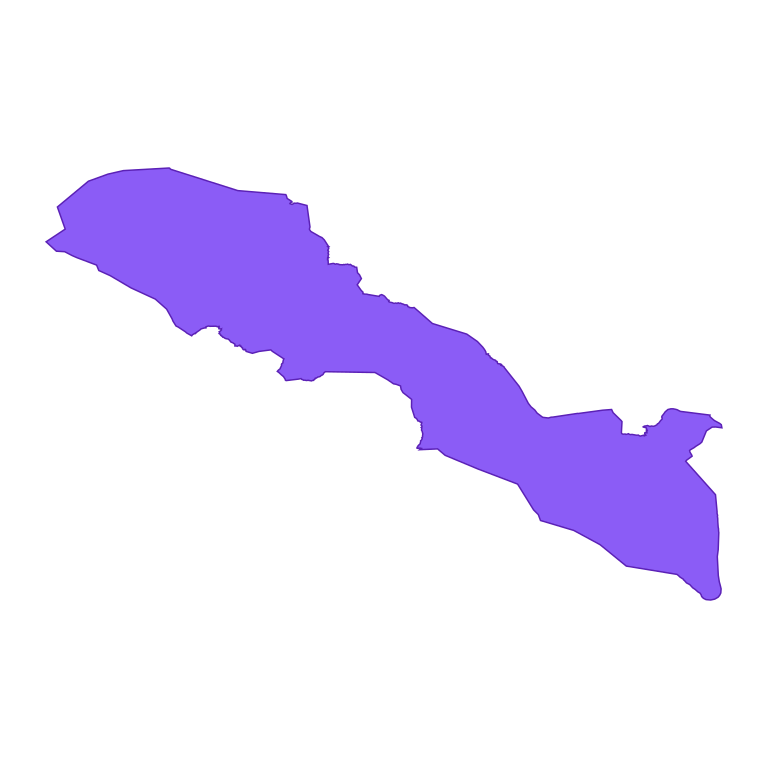 Os nor, Hedmark, Norway (Natural Earth projection)
{"feature_id": "86288312B77863424793957", "entity_name": "Os nor", "entity_type": "district", "adm_level": 2, "iso_a3": "NOR", "parent_name": "Norway", "parent_adm1": "Hedmark", "projection": "natural_earth1", "projection_center": [11.302, 62.415], "detail": "fine", "context": "isolated", "style": "filled", "palette": "violet", "viewbox_px": 768, "rotation_deg": 0, "n_neighbors": 0, "source": "geoboundaries", "source_scale": "gbopen_adm2", "svg_char_len": 6074}
<svg xmlns="http://www.w3.org/2000/svg" viewBox="0 0 768 768"><path d="M626.3,566.1L677.0,574.4L678.5,575.6L679.9,577.0L683.3,579.2L683.6,579.9L684.4,580.5L686.5,582.9L689.8,584.6L692.7,587.8L695.1,589.4L697.9,591.9L700.0,593.1L701.1,594.7L701.4,595.9L701.9,596.8L703.4,598.3L706.0,599.6L710.7,600.0L714.8,599.1L718.1,597.2L719.6,595.4L720.8,593.0L721.1,588.9L720.4,585.9L719.3,581.8L718.3,575.5L717.3,556.6L718.2,549.7L718.8,532.5L718.6,531.3L718.5,528.6L718.2,527.3L717.8,521.8L717.7,518.3L717.4,516.3L717.6,515.4L717.0,513.1L717.1,512.0L715.5,494.7L685.7,461.3L686.6,460.2L692.1,456.2L691.8,455.2L689.9,452.0L689.6,450.5L690.5,449.7L694.0,447.7L696.0,446.2L700.0,443.7L701.8,442.1L706.4,430.9L712.1,427.1L715.7,427.0L721.9,427.8L721.3,424.7L719.7,423.4L714.5,420.6L713.0,419.4L710.3,417.0L709.7,415.9L710.0,415.1L680.6,411.4L679.6,411.0L677.1,409.7L675.6,409.3L673.1,408.8L670.9,408.8L667.9,409.5L665.2,411.8L663.9,413.7L662.0,416.1L661.7,417.1L662.1,417.7L662.1,419.1L660.6,420.6L658.6,423.3L657.4,423.9L656.9,424.8L654.6,426.0L653.5,426.3L651.2,426.0L650.0,426.5L647.4,425.5L646.6,425.8L644.3,426.1L643.2,426.9L643.7,427.2L644.2,427.1L645.1,427.6L646.3,427.9L646.6,428.8L646.4,429.4L647.2,430.1L646.8,430.4L647.1,430.7L646.8,431.2L646.3,431.2L646.4,431.8L646.9,432.0L646.9,432.8L644.9,432.7L644.7,433.6L645.0,434.3L645.7,435.0L644.3,435.2L644.9,435.6L644.7,435.8L644.3,435.8L644.4,435.5L643.7,435.2L640.2,436.1L638.9,435.5L638.5,435.1L636.4,435.2L632.0,434.4L630.6,434.6L629.3,434.3L628.5,433.7L626.7,434.3L625.8,434.4L625.2,434.0L623.5,434.2L622.5,434.0L621.8,433.6L621.4,432.7L622.0,421.6L621.1,420.5L613.1,412.7L611.6,409.5L602.6,410.2L578.3,413.5L577.6,413.4L552.8,417.1L551.0,417.2L548.4,418.0L542.7,417.3L537.1,413.1L534.8,410.0L531.0,406.8L528.3,403.3L522.1,391.4L519.0,386.1L504.3,367.6L504.0,366.8L502.6,365.9L500.9,365.3L501.0,364.9L501.3,364.6L500.5,364.4L500.6,364.0L497.8,363.6L497.3,362.6L497.3,361.9L497.1,361.5L496.2,361.3L495.8,360.5L495.2,360.1L494.1,359.8L492.4,359.0L492.0,358.4L490.7,357.9L490.9,357.6L490.1,357.0L490.0,356.2L488.4,355.2L488.5,353.9L488.2,353.8L486.3,354.3L485.7,351.6L484.5,349.5L482.8,347.2L477.4,341.5L466.8,334.1L432.4,323.5L414.1,307.5L412.4,307.8L409.4,307.5L409.3,307.2L407.7,306.5L407.6,305.5L407.0,305.0L406.0,304.8L404.8,304.9L404.0,304.6L403.8,304.3L402.1,303.8L400.4,303.1L399.2,303.4L398.6,302.9L397.9,302.9L397.0,303.4L395.8,303.0L394.0,303.4L391.8,302.5L390.6,302.4L389.2,301.9L388.7,301.6L389.1,300.4L387.6,299.7L384.5,296.1L382.6,295.0L381.5,294.6L379.8,295.3L379.3,295.8L379.2,296.4L368.0,294.5L367.0,294.2L364.7,294.1L362.9,293.7L363.0,292.2L361.2,290.4L357.2,284.8L361.4,278.6L359.5,274.8L357.5,272.7L356.7,267.3L354.8,267.1L354.2,266.7L354.2,266.4L353.5,266.0L352.3,266.0L351.9,265.5L350.4,264.4L349.0,264.7L347.5,264.1L346.9,264.4L345.2,264.4L344.5,264.7L343.5,264.5L343.0,264.8L339.1,264.6L338.8,264.2L336.6,263.8L335.2,264.2L334.2,263.6L333.2,263.4L328.3,264.3L328.1,260.1L327.7,259.9L327.9,259.6L327.5,259.2L327.6,258.4L327.9,258.5L328.1,258.2L328.4,257.9L328.2,257.9L328.3,257.5L327.8,257.2L328.2,256.5L328.1,255.6L328.3,255.0L328.6,254.8L328.7,254.4L328.4,253.8L328.1,253.6L328.2,253.2L328.1,252.5L328.3,252.0L328.7,251.7L328.4,251.0L327.8,250.5L328.1,249.9L328.0,249.5L328.7,248.7L328.6,247.7L328.4,247.5L328.7,247.1L328.6,246.7L328.3,246.6L328.5,246.5L328.2,246.4L328.4,246.3L324.3,239.9L322.0,237.6L319.4,236.4L310.9,231.5L309.5,229.6L309.5,228.7L310.0,227.0L307.0,205.5L297.3,203.0L296.1,203.3L294.0,203.1L293.8,203.5L292.0,204.4L289.9,203.6L290.1,203.2L291.1,202.2L291.9,202.2L291.9,201.5L287.2,198.5L286.3,195.5L285.8,194.6L237.8,190.6L171.0,169.4L170.4,169.1L169.9,168.4L169.2,168.0L123.4,170.6L108.0,174.1L88.4,181.2L57.4,207.0L65.2,229.1L46.1,241.8L56.4,251.2L64.7,251.7L72.2,255.6L77.0,257.7L96.6,265.1L98.8,270.5L110.1,275.6L131.0,287.9L155.3,299.1L166.6,309.1L172.1,318.9L172.9,321.0L176.0,326.0L178.1,327.0L185.4,331.8L186.7,333.0L191.7,335.8L192.5,334.7L194.7,333.5L195.1,333.7L195.7,333.2L195.4,333.1L199.9,330.0L201.1,328.9L204.2,328.0L205.6,327.9L206.0,327.8L205.7,327.1L206.2,326.7L208.5,326.0L209.9,326.3L215.4,326.2L216.4,326.3L217.1,326.7L218.1,326.5L218.4,326.8L219.1,326.4L219.3,326.9L218.6,327.7L219.0,328.2L218.9,328.7L220.3,329.0L220.8,328.9L220.7,329.0L221.3,329.3L221.5,329.8L221.1,330.1L220.7,330.8L219.1,331.8L219.6,332.7L219.7,333.2L219.2,333.6L220.0,334.0L220.1,334.5L221.0,335.2L220.9,335.5L221.7,335.9L222.0,336.2L222.0,336.4L222.6,336.7L222.8,337.2L223.6,337.3L225.0,338.3L226.1,338.7L228.0,339.0L228.9,339.6L231.1,342.2L232.5,342.6L234.9,344.2L234.9,346.0L236.6,346.0L237.2,346.3L238.4,345.7L239.8,345.1L240.2,345.6L240.0,345.8L240.0,346.0L240.4,346.3L241.0,346.2L241.1,346.6L241.5,346.9L241.5,347.2L242.6,348.0L242.5,348.6L243.3,349.6L244.2,349.9L244.6,349.4L245.5,349.5L246.1,351.4L252.4,353.3L259.1,351.4L270.8,349.9L272.3,351.3L283.9,358.9L283.6,359.2L283.0,361.4L282.9,362.9L281.8,363.8L281.5,364.3L281.5,365.8L280.4,367.8L280.3,368.6L278.4,370.1L277.3,371.4L279.0,372.6L281.1,374.6L283.5,376.6L285.3,379.4L285.3,380.0L286.1,380.6L298.5,379.1L301.0,378.6L301.2,379.0L301.7,379.4L302.7,379.6L303.4,380.2L305.0,380.2L306.3,380.5L308.2,380.3L311.5,380.9L312.7,380.4L313.6,380.4L314.0,379.6L314.4,379.5L315.3,378.7L315.1,378.4L315.2,378.2L316.5,378.0L317.7,377.1L319.9,376.6L320.8,375.9L321.0,375.6L322.5,374.9L323.3,374.1L323.7,373.1L325.3,371.7L375.0,372.5L387.7,379.8L393.5,383.8L396.1,384.3L400.5,385.9L401.1,389.4L403.0,392.6L411.6,399.4L411.5,407.2L414.7,417.4L415.8,418.0L417.2,419.4L417.8,420.9L419.0,421.1L420.4,422.1L421.7,422.3L421.8,422.9L421.0,425.0L422.0,426.0L421.9,426.7L421.2,427.5L421.8,427.9L421.5,430.1L422.2,431.4L422.8,433.9L422.5,436.1L422.6,436.9L421.8,437.8L422.2,438.4L421.9,439.3L421.5,440.0L420.6,440.8L420.7,441.3L420.3,442.8L420.2,443.7L418.1,445.7L417.7,446.7L417.1,447.3L417.3,447.6L417.0,448.1L417.3,448.3L418.5,448.3L419.9,448.1L421.3,448.4L419.7,449.7L437.6,448.9L445.1,455.3L478.2,469.1L517.6,484.1L533.6,509.9L538.3,514.6L540.5,520.5L573.7,530.4L600.1,544.7L626.3,566.1Z" fill="#8b5cf6" stroke="#5b21b6" stroke-width="1.5"/></svg>